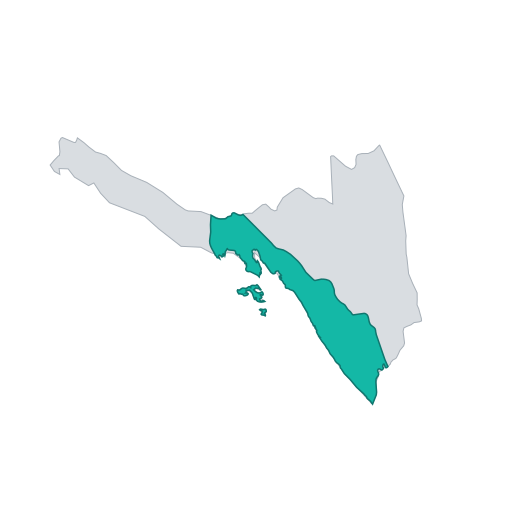 Semenawi Keyih Bahri on a map of Eritrea (Equal Earth projection), rotated 159°
{"feature_id": "ERI-1562", "entity_name": "Semenawi Keyih Bahri", "entity_type": "Region", "adm_level": 1, "iso_a3": "ERI", "parent_name": "Eritrea", "parent_adm1": "", "projection": "equal_earth", "projection_center": [39.644, 16.17], "detail": "fine", "context": "in_parent", "style": "filled", "palette": "teal", "viewbox_px": 512, "rotation_deg": 159, "n_neighbors": 0, "source": "natural_earth", "source_scale": "10m", "svg_char_len": 8476}
<svg xmlns="http://www.w3.org/2000/svg" viewBox="0 0 512 512"><g transform="rotate(159 256 256)"><path d="M100.8,315.2L99.3,296.8L98.4,284.5L97.4,271.4L96.4,259.1L101.0,251.6L103.1,244.4L108.6,221.1L110.8,216.5L115.1,204.0L115.7,200.4L119.9,184.7L119.6,174.3L118.8,163.8L121.1,157.6L123.2,152.6L123.0,148.4L124.0,138.6L124.7,136.1L127.2,136.0L132.3,137.2L136.0,136.2L140.4,136.2L143.7,135.9L145.7,132.9L148.5,121.5L150.3,119.2L151.6,118.5L155.4,116.4L158.7,113.1L161.4,110.7L162.4,110.2L165.2,109.9L168.1,108.5L169.4,106.9L172.9,105.6L176.4,106.4L178.8,105.0L180.3,104.1L182.1,104.0L183.7,102.7L184.4,100.6L185.5,99.3L188.2,96.4L189.4,94.2L190.0,92.1L190.6,90.4L191.8,87.5L196.5,80.2L200.6,76.0L214.9,112.7L220.6,134.4L225.7,157.1L229.5,191.3L233.1,208.7L239.0,217.3L243.0,233.5L246.4,234.1L248.9,238.6L253.2,253.9L256.2,259.6L257.9,254.7L257.7,251.9L256.5,247.2L257.6,241.1L260.0,237.5L265.4,242.4L268.4,246.2L269.2,253.7L270.5,257.9L276.2,266.7L281.0,269.2L287.2,269.9L292.5,271.8L296.7,275.1L304.5,284.0L322.5,291.9L337.0,316.0L345.6,332.8L373.7,358.2L378.6,370.3L381.2,382.3L387.1,381.7L397.2,394.7L400.2,404.7L408.5,408.2L409.9,402.4L413.9,407.2L415.6,414.7L410.3,417.6L404.5,420.3L403.6,420.2L401.7,423.6L399.0,433.1L395.9,435.8L394.3,436.0L385.2,427.2L383.8,426.7L381.8,428.5L380.4,430.3L376.1,423.6L373.0,417.7L368.6,410.6L364.4,407.5L359.9,403.5L355.4,394.3L350.9,384.1L344.1,375.8L331.6,363.8L320.1,348.6L311.3,332.8L305.6,324.5L303.2,322.4L291.5,317.2L283.3,310.0L277.0,304.0L273.2,302.4L269.4,302.2L261.5,303.4L254.9,299.7L252.1,299.7L247.6,298.6L244.2,297.3L240.1,298.8L231.7,301.5L228.3,300.9L226.4,297.2L225.3,294.4L222.4,291.4L220.0,291.4L218.6,294.0L209.9,300.7L195.2,304.5L191.7,304.2L189.1,301.5L181.7,290.0L179.6,288.1L178.0,288.0L174.5,286.6L171.3,284.4L168.5,279.7L165.7,277.0L162.6,286.2L157.3,302.3L154.4,311.0L150.7,322.1L149.5,322.4L147.6,321.6L140.3,307.8L135.8,302.6L132.3,303.1L129.8,305.6L128.2,310.3L126.5,313.1L124.6,314.2L120.6,313.7L114.5,311.5L108.2,311.9L101.6,315.1L100.8,315.2ZM273.1,223.0L275.1,226.5L276.5,226.1L277.6,225.0L278.3,222.6L285.8,227.3L285.4,230.5L280.9,230.6L275.7,229.3L271.0,229.8L265.3,228.4L263.9,223.0L267.6,225.6L269.4,225.0L269.8,224.3L267.2,220.7L263.6,220.0L263.8,217.1L265.4,216.0L266.4,214.6L264.4,210.7L268.4,211.6L271.0,214.0L272.7,216.7L273.1,223.0ZM270.0,198.4L271.6,204.5L267.0,202.2L266.2,200.9L268.3,198.5L268.7,197.0L270.0,198.4Z" fill="#d9dde1" stroke="#a8b0b8" stroke-width="1"/><path d="M181.6,106.6L182.8,106.4L183.6,105.4L183.7,104.1L183.6,102.8L183.9,101.5L184.7,100.6L187.0,99.1L188.0,98.1L189.3,95.4L192.2,85.7L193.5,83.2L200.2,76.0L200.3,76.6L200.8,77.3L201.1,79.3L203.1,82.9L203.3,83.6L203.3,84.9L203.5,85.6L204.3,87.1L204.4,87.5L204.7,88.6L209.1,97.3L212.4,107.2L215.7,114.6L216.8,120.0L217.3,121.3L216.8,123.7L217.7,125.7L218.9,127.4L219.6,129.3L219.8,131.8L220.2,133.9L221.7,137.7L221.9,138.9L222.0,141.5L222.3,142.8L223.0,144.7L223.3,147.2L223.5,148.3L225.0,152.9L226.1,157.9L225.4,157.5L226.4,160.3L226.6,161.7L226.7,163.6L225.8,164.8L226.6,167.7L226.4,169.3L226.1,168.9L226.1,169.9L226.6,170.1L227.1,170.1L227.4,170.4L227.3,172.6L227.4,173.2L227.9,174.8L228.0,175.6L227.9,178.1L228.0,178.9L228.2,179.5L228.6,180.5L228.7,181.3L228.6,182.1L228.3,183.7L228.3,184.6L229.8,192.9L230.0,195.7L230.1,196.7L231.2,199.9L232.9,208.2L233.8,210.4L236.6,212.7L237.1,213.7L237.5,214.1L239.2,215.1L239.7,215.6L239.7,216.5L239.5,217.2L239.2,217.8L239.0,218.5L239.2,219.2L239.8,220.2L240.0,220.7L240.1,222.4L240.3,223.4L241.6,225.3L240.8,225.4L240.2,226.0L240.0,226.9L240.3,227.9L240.5,227.4L241.0,226.7L241.5,226.5L241.9,227.0L241.8,228.2L240.9,228.8L239.9,229.0L239.3,229.0L239.5,229.6L240.3,231.4L240.5,233.5L240.6,234.0L241.3,234.3L242.4,234.5L243.5,234.3L243.9,233.8L244.3,233.0L245.1,232.9L246.1,233.1L246.8,233.6L248.0,235.6L250.4,246.1L250.6,246.3L251.5,246.7L251.7,247.0L251.8,248.1L252.1,249.1L252.5,250.1L253.0,250.7L252.3,254.2L252.1,259.7L252.2,259.9L252.6,260.3L252.8,260.6L252.9,261.6L253.4,262.1L254.0,262.1L254.7,261.7L255.1,262.8L255.7,263.0L256.4,262.7L257.5,262.5L257.8,262.2L258.1,261.5L258.2,260.7L258.1,260.1L257.9,259.5L258.1,259.1L258.6,258.6L259.5,256.5L259.6,255.2L258.7,253.1L258.2,250.5L257.8,249.6L257.1,249.6L256.8,250.6L256.4,251.1L256.0,249.8L255.9,248.5L256.0,245.2L256.0,244.5L255.7,243.3L255.7,242.6L255.8,241.8L256.0,241.6L256.4,241.4L256.6,241.0L257.0,238.9L257.3,238.2L257.9,238.9L258.3,238.9L258.3,238.3L258.6,237.1L258.9,237.1L258.9,237.9L259.4,237.4L260.1,236.0L260.5,235.3L261.2,237.0L262.2,238.3L266.7,243.2L267.4,243.7L268.5,244.0L268.9,244.2L269.3,244.5L269.9,245.1L270.2,245.8L270.4,246.4L270.3,247.2L270.0,247.9L269.1,248.8L268.7,249.4L268.4,250.0L267.7,252.4L268.2,252.3L268.6,252.5L268.9,252.9L269.0,253.5L268.9,253.7L268.4,254.0L268.4,254.5L268.7,254.7L268.9,255.4L270.1,256.5L270.3,257.0L270.5,257.9L271.1,259.5L271.3,260.3L271.3,261.1L271.1,261.9L271.1,262.7L271.3,263.4L271.9,263.2L272.5,263.3L273.1,263.8L273.3,264.5L273.4,265.0L273.8,265.2L273.9,265.6L273.9,266.2L273.6,267.1L273.6,267.6L274.0,268.7L275.2,269.4L278.7,271.1L279.4,271.6L279.8,271.9L280.1,273.1L280.8,272.9L281.9,271.7L283.0,271.2L283.7,269.9L284.3,268.4L285.0,267.4L285.0,268.4L285.1,269.3L285.6,269.7L286.3,269.6L286.6,269.0L286.5,268.3L286.6,267.6L287.4,267.4L288.1,267.3L288.6,267.8L288.4,268.4L288.5,268.9L289.4,269.3L289.8,270.0L290.2,270.0L290.5,269.8L290.8,269.5L291.2,268.7L291.0,268.2L290.9,267.7L290.9,266.5L291.1,266.8L291.4,267.5L291.5,267.8L292.8,268.2L293.0,268.8L292.9,269.9L293.2,270.4L293.5,270.7L293.7,271.1L293.8,273.1L294.7,279.3L294.8,281.9L294.6,284.3L293.9,286.7L289.7,294.6L287.3,301.5L283.3,310.2L279.7,305.7L277.8,304.3L275.7,303.2L271.5,301.8L270.6,301.8L268.3,302.7L267.6,302.7L265.5,302.3L264.6,302.5L263.2,304.2L262.2,304.5L261.3,304.3L260.6,303.9L258.1,301.0L256.8,299.9L255.4,299.3L253.9,299.4L253.3,299.5L236.9,262.5L235.9,259.5L234.4,256.3L232.4,254.6L228.3,251.8L226.0,249.1L223.2,245.2L218.9,236.5L217.8,233.6L216.9,230.7L215.3,222.9L211.1,213.8L210.4,212.6L209.8,212.0L203.4,211.0L201.2,210.1L199.0,208.9L196.6,206.9L195.6,205.1L195.1,203.0L195.0,197.8L195.2,196.2L195.5,195.1L195.9,194.1L196.1,193.2L196.3,191.9L196.2,190.5L195.9,188.6L195.4,186.4L194.0,183.2L192.8,181.3L191.7,180.1L190.6,178.5L190.2,176.9L189.5,173.5L188.9,172.1L187.9,170.3L187.5,169.0L187.2,167.7L186.9,166.8L186.4,166.2L175.6,163.7L174.4,162.9L173.4,161.4L173.1,160.0L173.2,158.1L173.9,154.0L173.9,151.9L173.6,150.6L173.0,149.5L172.3,148.4L171.3,146.7L170.9,145.4L171.0,143.9L171.4,142.5L171.9,139.4L172.8,113.3L172.5,106.2L172.4,105.5L173.6,105.0L174.7,105.0L175.1,105.6L175.1,106.7L175.1,108.0L175.3,109.3L176.0,109.3L176.8,108.4L177.3,107.2L177.3,106.6L177.2,105.7L177.4,105.2L177.7,105.1L179.3,104.4L180.1,105.0L180.8,106.0L181.6,106.6ZM284.8,226.6L285.5,226.6L285.7,226.8L286.1,229.3L285.8,230.5L285.2,231.0L284.2,230.3L283.4,230.1L281.1,230.8L280.1,230.9L279.1,230.5L277.4,229.4L276.3,229.2L274.0,229.9L273.2,229.7L272.6,228.7L272.3,228.3L271.8,229.4L271.3,229.9L270.5,230.0L269.3,229.7L267.4,228.7L266.5,228.5L265.4,228.8L264.7,227.5L263.5,222.7L264.0,222.7L264.3,222.8L264.4,223.1L264.1,223.5L264.5,223.8L264.8,224.2L265.0,224.7L265.1,225.3L265.4,225.3L265.9,225.1L266.5,225.4L267.2,225.9L267.7,226.2L268.3,226.1L270.3,225.3L269.4,223.3L268.3,221.6L266.8,220.5L265.2,220.1L263.7,220.5L263.1,220.3L262.8,219.1L262.9,217.9L263.3,217.2L263.9,217.1L265.3,218.3L266.0,218.3L266.1,217.8L265.6,216.7L265.3,215.4L266.2,214.8L267.4,214.7L268.0,214.7L268.2,214.0L267.9,212.9L267.3,212.1L266.9,211.7L265.2,211.8L264.7,211.5L264.1,210.4L265.8,210.6L267.7,211.1L269.4,212.0L270.8,213.2L271.4,214.6L271.2,215.5L270.7,216.2L270.6,216.9L271.0,217.4L271.4,217.4L272.3,216.9L271.9,216.3L271.9,215.8L272.4,215.7L272.9,216.0L273.0,216.9L272.8,222.1L272.9,223.1L273.2,224.0L274.0,225.8L274.2,226.4L274.7,226.4L277.5,227.5L278.2,225.7L278.5,225.3L278.9,225.2L277.3,224.5L276.8,223.7L277.2,223.0L278.1,222.7L279.1,222.6L280.1,222.7L280.6,222.8L281.1,223.0L281.4,223.2L281.7,223.5L281.9,224.0L282.0,224.6L282.1,225.1L282.5,225.3L283.2,225.5L284.2,226.4L284.8,226.6ZM270.9,200.6L270.2,201.5L270.1,202.4L270.4,202.8L270.8,203.1L271.1,203.5L271.6,204.0L271.9,204.5L271.0,204.9L269.6,204.2L268.5,203.4L266.4,203.1L265.9,202.5L266.0,201.5L266.3,200.5L267.2,200.1L268.2,199.9L268.7,199.6L268.5,199.1L268.4,198.4L268.4,197.8L268.5,197.1L268.8,196.8L270.0,198.0L270.4,198.3L270.8,198.4L271.7,198.9L272.1,199.7L271.7,200.3L270.9,200.6Z" fill="#14b8a6" stroke="#0f766e" stroke-width="1.5"/></g></svg>